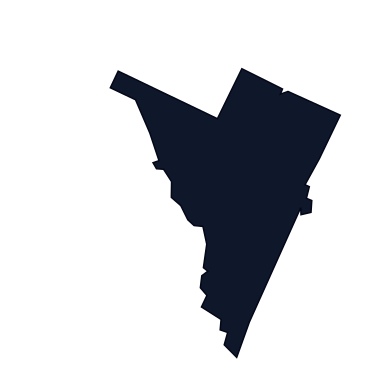 the district of Baker, Georgia, United States of America, rotated 114°
{"feature_id": "52423323B71262883524424", "entity_name": "Baker", "entity_type": "district", "adm_level": 2, "iso_a3": "USA", "parent_name": "United States of America", "parent_adm1": "Georgia", "projection": "orthographic", "projection_center": [-84.4, 31.267], "detail": "fine", "context": "isolated", "style": "filled", "palette": "ink", "viewbox_px": 384, "rotation_deg": 114, "n_neighbors": 0, "source": "geoboundaries", "source_scale": "gbopen_adm2", "svg_char_len": 669}
<svg xmlns="http://www.w3.org/2000/svg" viewBox="0 0 384 384"><g transform="rotate(114 192 192)"><path d="M59.1,196.6L114.7,198.6L111.6,308.6L130.0,309.0L130.7,281.1L155.4,254.4L176.8,234.9L181.1,239.5L185.2,233.9L182.8,227.2L190.8,214.9L205.3,208.7L209.0,196.7L219.1,184.5L221.8,176.5L219.0,168.0L233.7,157.3L256.5,150.8L257.9,145.3L264.5,149.0L276.1,145.4L280.4,136.3L293.2,136.6L296.6,113.6L306.5,110.2L305.8,102.3L318.5,100.4L324.9,83.9L287.5,86.7L171.7,86.3L162.0,86.3L168.4,83.2L162.2,75.0L151.1,79.1L151.2,84.9L139.4,87.0L139.4,91.7L109.8,89.2L61.5,87.8L61.1,145.2L66.7,151.1L61.1,151.2L59.1,196.6Z" fill="#0f172a" stroke="#020617" stroke-width="1.5"/></g></svg>